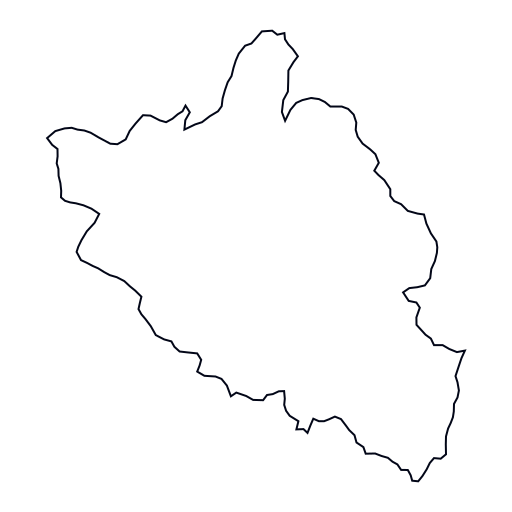 Altair, São Paulo, Brazil (Mercator projection)
{"feature_id": "56859067B81841390348635", "entity_name": "Altair", "entity_type": "district", "adm_level": 2, "iso_a3": "BRA", "parent_name": "Brazil", "parent_adm1": "São Paulo", "projection": "mercator", "projection_center": [-49.094, -20.533], "detail": "fine", "context": "isolated", "style": "outline", "palette": "ink", "viewbox_px": 512, "rotation_deg": 0, "n_neighbors": 0, "source": "geoboundaries", "source_scale": "gbopen_adm2", "svg_char_len": 2650}
<svg xmlns="http://www.w3.org/2000/svg" viewBox="0 0 512 512"><path d="M284.4,33.1L277.3,34.7L272.2,30.7L261.9,31.4L255.4,39.0L251.4,43.5L245.1,45.7L238.8,53.6L235.8,60.5L233.5,67.8L231.5,76.1L227.7,82.2L224.9,90.3L222.6,98.5L221.7,106.2L218.0,111.3L209.8,116.2L202.0,122.2L195.2,124.4L184.4,129.6L185.3,120.2L189.8,112.3L185.5,105.6L182.5,111.3L177.8,114.2L172.5,118.7L166.1,122.2L159.8,120.4L150.5,115.6L143.0,115.2L135.6,123.5L129.7,130.9L125.7,139.4L117.4,144.2L110.3,143.7L98.4,137.3L90.6,132.7L84.3,130.5L77.5,129.6L71.7,127.8L64.6,128.4L55.3,131.1L47.1,138.1L52.2,144.9L57.5,149.0L57.6,156.4L56.7,163.4L58.4,168.9L58.6,175.9L60.4,183.2L61.2,190.8L61.0,197.4L65.0,200.8L70.1,202.4L75.9,203.3L83.5,205.3L91.5,208.7L99.2,213.9L94.6,222.8L86.8,231.3L81.5,240.1L78.3,246.7L76.6,251.9L81.0,260.1L87.0,262.9L92.6,265.9L98.1,268.3L104.0,272.0L109.7,275.1L116.8,277.2L124.3,281.1L129.9,286.3L135.2,290.6L141.4,296.7L139.9,302.8L138.5,309.1L141.4,314.3L145.4,319.0L150.8,326.2L155.8,335.1L164.1,339.4L171.4,341.4L174.4,346.8L179.6,351.5L187.5,352.4L197.2,353.4L201.2,359.8L199.6,365.5L197.2,371.6L204.4,375.8L215.5,376.5L221.5,378.9L226.9,385.6L230.9,396.3L236.3,392.6L246.2,396.0L253.1,399.9L263.1,400.2L267.0,395.0L272.8,394.1L278.8,391.3L284.1,391.1L284.8,398.7L284.2,404.9L286.1,410.8L289.7,415.8L298.4,421.2L296.4,429.4L303.5,429.1L307.5,432.9L310.3,425.7L313.3,418.7L318.9,421.2L324.1,421.2L329.0,419.3L334.9,416.6L341.0,419.1L346.0,425.7L349.2,430.1L354.5,435.2L356.5,442.5L363.4,447.1L365.7,453.7L375.1,453.5L381.6,456.0L387.9,457.8L392.5,461.7L397.4,464.4L401.1,469.9L407.8,470.0L410.7,475.3L412.2,480.7L418.2,481.3L422.4,476.1L426.7,469.3L429.8,463.0L434.0,458.1L440.7,458.7L446.0,454.3L445.8,444.4L446.0,436.4L448.1,428.5L450.7,423.0L452.9,417.3L453.8,411.5L454.0,403.9L457.5,397.5L458.9,390.5L457.5,382.3L455.5,376.1L459.5,364.0L461.5,358.1L464.9,350.6L456.9,352.1L449.3,349.0L442.6,345.1L434.0,345.1L430.9,338.6L425.5,334.7L416.5,324.8L416.4,317.4L419.8,307.7L416.4,302.5L408.7,300.9L403.1,292.4L409.3,288.1L417.3,287.2L424.9,285.4L430.2,278.2L431.3,269.0L434.9,261.1L436.9,252.9L437.3,247.3L436.4,241.5L430.9,233.4L426.4,223.6L424.0,214.5L417.6,213.6L407.8,210.9L401.1,204.2L394.2,201.1L390.3,196.0L390.3,189.2L384.3,180.1L378.3,174.9L374.3,170.7L378.8,162.8L375.4,154.2L370.2,149.4L362.6,143.6L357.7,136.7L355.7,129.9L356.3,122.6L353.7,114.6L348.1,108.9L341.7,106.5L330.3,106.5L324.9,102.0L319.0,99.1L311.0,98.0L302.4,100.1L296.2,102.9L290.4,109.9L285.1,120.8L281.9,112.0L283.3,100.1L287.9,91.6L288.2,82.2L288.4,70.5L293.5,62.1L297.9,56.3L292.7,49.0L288.4,44.5L285.0,39.3L284.4,33.1Z" fill="none" stroke="#020617" stroke-width="2"/></svg>